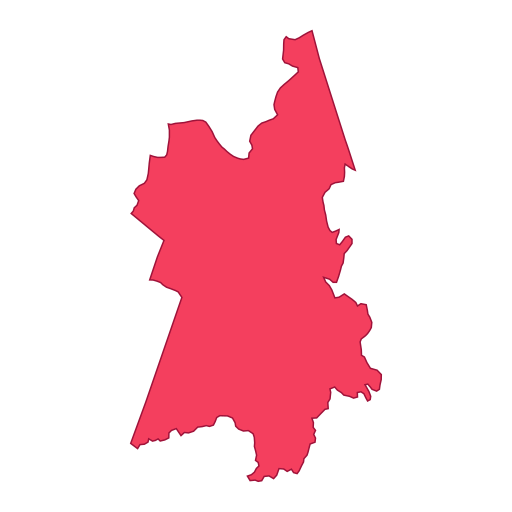 outline of Vitória do Mearim, Maranhão, Brazil
{"feature_id": "56859067B98099039141504", "entity_name": "Vitória do Mearim", "entity_type": "district", "adm_level": 2, "iso_a3": "BRA", "parent_name": "Brazil", "parent_adm1": "Maranhão", "projection": "robinson", "projection_center": [-44.907, -3.55], "detail": "fine", "context": "isolated", "style": "filled", "palette": "rose", "viewbox_px": 512, "rotation_deg": 0, "n_neighbors": 0, "source": "geoboundaries", "source_scale": "gbopen_adm2", "svg_char_len": 3565}
<svg xmlns="http://www.w3.org/2000/svg" viewBox="0 0 512 512"><path d="M312.0,30.7L308.3,32.4L303.3,35.2L299.2,37.8L295.1,39.7L288.8,38.7L286.2,36.7L284.0,39.7L283.7,43.9L283.6,50.2L282.6,59.0L284.8,62.7L288.7,63.8L292.5,66.1L297.8,67.6L298.3,71.9L288.8,80.6L284.2,84.4L280.4,87.9L277.6,92.0L275.9,96.9L274.7,101.5L274.0,104.7L274.7,109.4L277.6,114.8L273.3,118.8L269.3,120.2L266.1,121.6L261.7,123.1L258.0,126.1L254.0,131.3L250.9,135.3L249.7,141.2L251.9,145.2L252.5,148.8L249.1,153.0L248.6,158.1L243.7,159.4L240.5,159.0L237.7,158.2L233.6,156.5L230.2,154.2L227.0,151.6L224.3,149.0L221.9,147.1L219.1,143.7L217.0,140.9L214.8,137.6L212.1,131.6L208.8,126.3L205.8,122.1L202.8,120.5L199.9,120.2L197.1,120.2L192.0,120.9L184.1,122.6L178.7,123.1L175.4,123.4L171.0,124.5L168.3,124.0L169.4,130.1L169.4,137.2L169.0,140.7L168.1,146.2L167.5,151.5L166.7,154.9L164.7,157.2L160.4,157.4L157.5,157.4L153.6,156.5L150.3,155.4L149.3,162.9L148.9,167.3L148.3,173.5L146.9,179.8L144.4,183.3L139.3,185.8L135.9,189.2L134.1,193.5L136.2,197.0L138.7,200.6L137.0,205.3L134.3,207.7L133.3,211.1L131.2,213.5L157.9,235.6L160.9,238.0L164.0,240.4L157.4,256.9L149.7,279.9L153.1,280.0L156.9,281.1L160.6,282.5L162.8,284.7L166.5,287.2L170.5,288.6L175.4,290.5L178.2,291.9L180.2,294.9L181.9,297.4L178.4,307.5L145.8,402.1L130.7,443.4L134.8,446.5L137.6,448.6L140.0,444.6L144.4,444.2L148.0,442.1L148.7,438.8L152.5,441.1L155.4,440.4L158.1,438.9L160.2,441.0L164.8,439.9L168.8,437.9L168.9,433.0L171.5,430.4L176.3,428.6L181.0,435.6L184.4,432.5L188.5,432.9L193.6,431.2L197.7,427.1L202.2,426.6L206.3,425.6L209.5,426.4L213.4,425.1L215.2,421.5L216.7,417.5L219.8,415.7L227.5,415.9L232.5,418.0L235.1,422.7L235.7,426.2L238.7,429.1L243.4,431.0L248.4,430.6L253.1,433.7L254.3,437.3L254.7,442.8L254.4,446.4L255.7,451.2L256.6,455.2L255.5,460.4L258.2,462.4L258.9,466.0L256.4,468.4L254.4,472.2L251.4,474.7L247.4,476.1L250.1,480.6L255.1,480.1L258.2,481.3L261.7,480.7L264.2,476.4L269.0,475.9L273.6,478.6L276.7,475.2L279.0,468.6L283.7,469.0L287.2,471.4L291.4,469.2L293.6,472.6L297.1,473.6L299.1,470.9L301.6,465.6L303.5,462.0L303.9,458.7L307.0,455.2L308.0,452.2L308.9,448.6L310.1,444.0L315.0,442.2L315.5,438.1L313.7,434.4L315.5,430.4L313.2,427.4L313.4,422.6L311.9,418.2L316.7,417.9L320.6,413.8L325.0,409.3L328.2,408.6L327.8,402.5L330.0,398.9L330.7,392.3L329.9,388.9L334.7,387.0L337.4,390.1L341.4,392.6L343.8,395.1L349.5,396.3L353.6,398.1L357.5,397.0L357.3,392.5L361.0,391.8L363.9,393.7L365.8,397.7L367.6,401.0L370.2,399.6L370.7,396.3L368.9,391.5L365.0,384.7L367.8,384.1L370.2,386.9L372.0,389.3L376.6,391.1L379.4,389.3L380.0,384.9L381.2,379.6L381.3,374.6L377.1,370.2L370.4,368.3L366.9,362.6L364.4,357.0L361.5,355.3L361.3,349.9L360.1,341.9L361.3,338.9L365.5,335.7L367.6,333.5L369.7,330.5L371.3,327.6L371.8,322.4L369.8,317.2L367.9,314.1L367.4,310.6L366.2,304.7L360.9,303.7L357.5,306.0L355.8,302.5L352.0,299.3L348.1,296.6L344.3,293.9L339.1,297.2L334.9,297.9L331.8,289.9L329.3,285.6L325.7,282.0L323.6,277.3L329.6,279.2L333.1,282.3L336.5,282.3L338.6,276.4L340.5,269.9L341.4,266.2L343.1,263.0L343.8,257.8L344.2,253.6L347.1,250.5L352.0,243.5L352.0,239.3L348.7,235.9L345.4,237.2L342.3,241.6L339.7,244.8L336.4,243.5L336.1,239.5L338.8,232.6L339.1,229.5L335.6,231.1L332.2,232.4L329.9,230.5L328.1,227.1L326.6,221.1L325.7,214.9L324.4,210.0L323.9,205.5L323.0,201.9L322.3,197.4L325.0,192.3L329.1,188.8L331.0,184.6L335.2,182.7L338.0,182.3L343.4,181.3L344.4,176.4L344.6,172.2L344.4,167.8L345.1,164.1L352.1,168.9L355.2,170.2L348.6,149.8L347.2,145.6L345.2,139.9L338.0,117.3L319.3,58.5L312.0,30.7Z" fill="#f43f5e" stroke="#9f1239" stroke-width="1.5"/></svg>